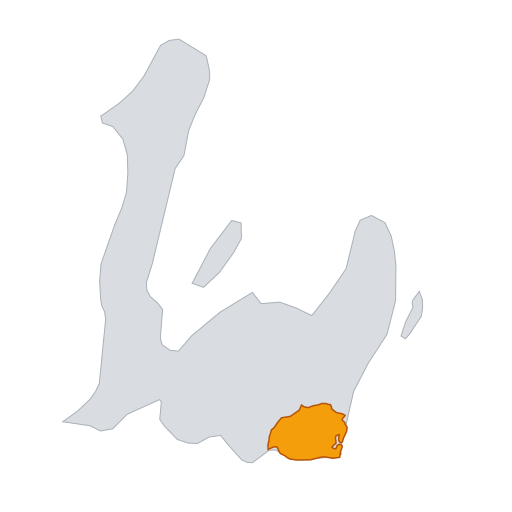 Nord-Est on a map of Haiti (Robinson projection), rotated 97°
{"feature_id": "HTI-1386", "entity_name": "Nord-Est", "entity_type": "Department", "adm_level": 1, "iso_a3": "HTI", "parent_name": "Haiti", "parent_adm1": "", "projection": "robinson", "projection_center": [-71.895, 19.504], "detail": "fine", "context": "in_parent", "style": "filled", "palette": "amber", "viewbox_px": 512, "rotation_deg": 97, "n_neighbors": 0, "source": "natural_earth", "source_scale": "10m", "svg_char_len": 2496}
<svg xmlns="http://www.w3.org/2000/svg" viewBox="0 0 512 512"><g transform="rotate(97 256 256)"><path d="M442.4,147.1L445.6,152.1L452.3,185.8L452.9,196.6L446.2,212.9L447.2,219.3L461.6,234.3L461.9,239.8L460.2,245.2L447.8,259.5L438.4,269.3L441.4,280.5L449.1,291.1L450.0,300.0L447.7,311.7L435.9,326.3L429.8,331.6L412.3,332.2L410.3,334.3L419.0,348.6L428.9,364.7L445.0,377.2L448.6,389.0L444.7,400.2L444.1,427.7L431.8,414.3L418.2,403.1L410.1,398.8L401.7,396.0L337.1,397.5L329.9,399.4L324.3,403.0L318.3,404.8L300.5,408.1L282.9,408.9L241.7,399.9L225.3,395.2L208.9,392.3L190.1,393.2L171.3,396.0L156.2,402.4L145.0,413.9L142.8,424.5L136.2,427.2L121.0,410.3L107.1,398.3L91.2,389.2L58.6,376.4L52.7,368.5L50.1,359.0L63.4,329.8L78.4,324.5L86.6,323.5L105.1,327.1L123.2,333.7L139.7,338.1L165.2,339.8L179.0,346.9L277.0,358.1L295.6,361.6L302.9,360.3L309.2,356.0L314.5,348.1L320.5,342.2L349.6,340.9L355.7,338.2L360.0,330.0L359.9,321.4L342.8,310.0L316.1,284.8L292.6,255.1L302.7,245.1L298.9,226.9L302.7,210.0L308.3,193.4L285.1,179.2L257.6,165.0L219.5,160.6L207.8,157.0L201.7,146.4L207.2,132.1L219.6,124.3L233.8,119.4L248.3,116.0L283.3,112.0L318.0,116.5L348.0,131.2L378.5,142.6L417.0,146.5L434.4,150.6L442.4,147.1ZM293.5,304.3L290.9,316.1L253.7,302.0L223.7,284.4L225.0,274.8L240.3,272.6L255.1,278.5L276.8,290.3L293.5,304.3ZM314.1,93.7L320.0,97.6L317.8,102.3L303.1,99.4L288.0,94.0L283.0,95.4L280.0,94.7L271.2,89.6L278.9,85.6L287.0,84.3L295.7,84.6L314.1,93.7Z" fill="#d9dde1" stroke="#a8b0b8" stroke-width="1"/><path d="M445.6,148.4L446.9,153.0L447.4,156.0L447.2,158.6L447.0,163.0L447.7,166.8L451.7,177.3L453.5,190.3L453.4,197.8L451.7,201.6L450.9,202.6L449.1,207.7L447.7,208.9L443.8,211.3L442.8,212.4L443.6,215.7L446.1,219.7L446.8,220.3L446.7,220.4L441.8,221.1L436.6,220.6L434.0,220.8L430.7,220.1L426.7,219.5L424.0,217.0L418.6,214.3L413.5,211.0L411.0,202.4L403.7,194.3L401.0,193.4L398.3,192.6L399.8,190.1L400.2,185.7L397.8,181.4L396.3,176.4L394.3,172.5L393.9,168.5L394.5,166.4L394.4,164.1L396.1,162.9L398.4,162.3L401.5,157.4L402.2,150.9L402.7,149.7L403.4,148.1L404.4,148.6L406.4,150.2L407.7,150.5L408.8,150.0L409.6,148.7L410.5,147.5L412.2,147.0L414.9,144.7L419.0,144.7L426.1,147.0L430.0,147.6L431.1,148.4L430.2,150.5L428.9,151.4L427.2,151.7L423.2,151.7L424.7,154.7L427.2,155.0L429.9,154.2L432.1,153.8L434.7,156.2L436.3,157.3L437.0,156.8L437.8,154.5L437.5,153.3L434.3,152.4L433.3,151.4L432.7,149.9L433.0,148.2L434.1,147.2L435.7,147.3L439.5,148.2L445.6,148.4Z" fill="#f59e0b" stroke="#b45309" stroke-width="1.5"/></g></svg>